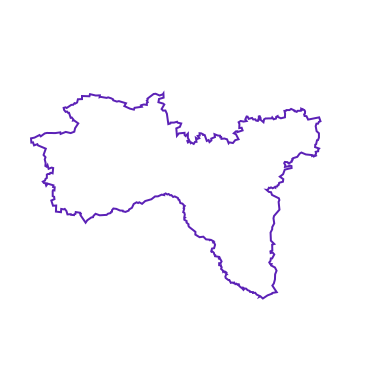 the district of Planeta Rica, Córdoba, Colombia, rotated 75°
{"feature_id": "7082276B80590541322952", "entity_name": "Planeta Rica", "entity_type": "district", "adm_level": 2, "iso_a3": "COL", "parent_name": "Colombia", "parent_adm1": "Córdoba", "projection": "albers", "projection_center": [-75.58, 8.302], "detail": "fine", "context": "isolated", "style": "outline", "palette": "violet", "viewbox_px": 384, "rotation_deg": 75, "n_neighbors": 0, "source": "geoboundaries", "source_scale": "gbopen_adm2", "svg_char_len": 6019}
<svg xmlns="http://www.w3.org/2000/svg" viewBox="0 0 384 384"><g transform="rotate(75 192 192)"><path d="M89.4,194.1L90.1,194.9L90.4,198.3L87.7,201.7L87.4,203.7L90.3,210.9L91.4,210.9L92.1,212.0L93.8,211.5L94.3,212.6L96.2,213.1L95.0,215.8L95.0,218.2L95.1,218.9L96.7,218.4L95.8,225.7L97.4,226.8L95.4,230.4L91.5,235.1L89.2,232.8L85.3,239.1L85.2,241.2L83.0,244.4L82.0,244.3L80.6,245.8L78.9,248.5L79.0,250.1L76.4,255.8L76.5,256.7L74.8,256.0L73.9,260.0L71.1,265.2L73.0,266.3L70.8,273.4L73.8,274.2L72.9,278.2L75.8,279.8L76.4,281.9L75.8,282.5L77.0,284.2L76.6,286.0L78.4,291.3L77.5,292.2L77.5,294.2L79.6,294.3L81.9,293.3L81.9,291.9L83.6,291.1L83.7,290.3L88.9,290.0L88.9,288.9L91.1,287.9L92.2,288.5L92.3,287.4L96.3,284.1L100.1,288.4L103.3,290.1L103.7,293.9L101.3,298.4L101.9,303.9L100.3,303.8L99.7,308.8L97.4,316.9L97.3,319.1L99.1,323.7L97.5,324.5L98.7,330.0L98.5,333.6L102.7,334.4L102.9,332.7L106.1,332.5L105.8,329.0L107.1,328.7L112.3,322.0L117.8,325.8L120.5,324.5L122.4,325.8L126.2,325.9L128.9,326.9L129.9,325.9L128.6,324.6L132.5,324.5L132.1,321.3L132.9,319.9L137.9,321.8L136.9,323.3L137.1,324.5L137.8,324.9L137.3,326.4L137.6,327.7L140.9,328.6L141.4,330.1L142.9,331.0L143.4,333.4L145.0,332.7L145.9,330.4L147.0,331.3L148.2,331.2L146.6,329.2L149.7,324.1L151.2,324.9L151.9,323.4L154.9,324.5L154.3,325.7L155.0,326.3L159.9,327.6L161.0,326.4L163.3,326.7L163.8,330.1L169.3,329.8L169.9,326.7L175.7,328.5L177.6,323.8L174.5,322.7L175.6,320.3L175.4,319.3L177.9,318.2L181.4,318.1L182.1,314.8L182.7,314.8L183.8,311.9L183.0,311.3L183.0,310.3L181.3,309.5L183.1,305.4L183.9,305.7L184.3,305.0L185.5,305.7L194.1,302.7L192.2,300.5L190.5,295.8L190.7,294.1L189.6,293.4L188.1,290.8L190.6,287.2L192.0,280.4L191.2,278.7L191.3,276.2L190.4,275.5L190.3,274.4L188.9,274.0L187.6,272.2L188.7,269.5L191.2,266.4L192.1,263.7L192.8,263.7L194.0,261.4L193.6,258.0L192.6,257.3L191.7,254.1L188.5,251.4L187.6,248.2L188.7,246.9L188.3,245.6L190.5,243.3L188.6,239.5L188.5,233.1L186.7,228.8L187.4,226.0L186.7,222.0L187.8,219.7L187.0,219.6L186.6,217.8L188.0,216.5L187.9,215.1L189.5,214.0L189.7,212.7L191.9,211.5L191.8,209.8L194.1,207.2L196.0,207.0L196.3,206.3L199.7,206.1L200.7,204.3L202.5,203.3L203.3,203.5L203.7,202.7L205.4,204.3L206.2,203.9L209.2,205.7L210.1,204.8L212.0,204.8L214.2,205.9L214.9,205.4L215.1,206.2L216.8,206.6L218.7,204.7L220.1,205.2L222.3,203.7L223.7,204.2L225.0,203.8L231.4,199.0L234.0,199.8L237.6,196.4L238.1,192.6L241.4,190.7L242.5,187.6L243.1,187.4L243.0,186.3L245.0,184.1L245.4,184.4L245.9,183.8L246.4,184.4L246.8,183.7L249.0,183.4L252.0,185.2L251.8,187.3L254.3,188.8L254.9,188.6L254.8,187.6L256.4,186.6L258.3,186.6L259.0,185.9L260.0,186.3L261.7,182.6L262.7,183.1L263.1,182.4L263.6,182.9L264.2,182.0L266.7,181.4L268.1,182.7L267.8,184.2L269.7,184.7L270.3,183.0L271.3,183.3L272.3,182.8L273.8,183.8L275.9,182.5L277.2,182.6L276.9,181.7L277.9,181.3L277.7,180.4L278.8,179.6L279.3,180.1L280.4,179.7L280.3,180.2L282.4,181.7L283.8,181.7L286.5,179.6L286.7,178.7L289.8,178.0L289.8,176.7L290.8,175.4L290.4,174.8L292.2,174.0L292.1,172.8L292.7,172.5L293.1,171.1L293.7,171.5L294.1,170.6L295.1,170.7L297.3,169.1L297.4,168.0L298.2,168.1L298.2,166.8L298.7,168.1L299.6,167.7L298.7,166.9L299.2,166.7L298.8,166.1L299.4,164.7L301.1,163.8L302.5,161.9L303.5,161.8L304.5,159.0L305.3,159.2L305.7,157.0L307.7,156.2L310.1,153.4L310.6,153.9L310.4,153.0L313.2,151.1L311.4,145.8L310.9,140.9L310.3,140.5L310.7,136.1L303.2,138.6L301.5,136.6L297.9,134.5L293.0,133.0L289.9,130.7L286.4,131.4L283.4,134.6L282.2,133.8L281.8,135.1L280.0,135.6L278.8,134.0L276.6,133.1L276.9,131.8L273.6,128.7L271.3,129.8L271.3,131.8L269.6,131.6L269.1,129.5L263.6,128.2L263.5,126.0L259.4,128.4L251.5,126.6L248.8,124.2L246.7,123.6L243.6,120.7L238.5,120.1L236.4,119.0L231.7,112.1L224.0,110.9L222.4,109.7L220.6,109.7L215.5,115.5L212.7,115.7L211.8,117.7L209.3,119.4L209.7,118.4L207.8,116.6L208.4,115.8L208.0,114.5L209.3,113.1L208.8,111.0L209.4,110.4L208.5,110.1L208.7,108.2L207.7,107.6L207.6,106.5L205.7,105.4L205.6,101.5L203.2,100.5L199.9,103.2L198.4,99.4L194.4,96.6L194.6,89.6L192.7,89.2L191.5,91.1L192.2,91.6L191.8,95.7L190.2,94.9L188.0,95.5L187.0,94.5L187.9,92.0L189.1,91.5L189.2,90.2L188.5,87.8L187.9,87.9L186.9,86.4L186.1,86.7L185.5,85.7L185.3,81.2L182.8,78.1L182.2,76.1L185.2,72.3L187.2,67.0L188.2,66.8L187.8,65.8L189.2,65.3L188.9,62.9L188.0,63.3L187.2,62.3L185.2,62.1L185.3,59.6L183.7,59.1L182.9,58.0L180.5,61.5L178.2,60.7L177.9,59.7L174.4,57.9L174.5,56.9L172.3,55.3L168.1,54.2L165.5,55.9L160.4,55.5L158.2,54.1L158.6,52.6L157.1,51.3L156.9,49.6L152.8,49.9L152.1,61.1L148.4,61.8L147.7,63.6L146.0,63.6L145.5,62.6L143.3,61.9L141.9,62.3L140.9,63.7L140.0,63.1L141.0,64.3L139.9,65.0L141.7,65.8L140.9,69.1L141.7,70.1L140.5,71.7L141.1,72.5L139.9,71.8L137.4,74.8L138.1,76.6L137.3,79.7L137.9,80.4L137.6,81.7L140.4,81.8L143.9,82.9L143.8,87.1L141.7,89.6L140.8,89.6L141.2,91.2L142.8,91.9L142.9,94.3L140.7,95.2L141.5,95.9L140.0,102.0L140.5,103.6L143.1,104.9L138.7,107.9L138.3,106.6L136.3,107.0L136.3,107.9L139.4,108.7L139.2,109.3L140.4,110.0L139.6,111.6L138.2,112.0L137.8,114.1L136.0,114.8L136.0,118.3L133.6,118.8L133.2,119.7L135.6,121.7L137.6,120.9L137.3,124.0L136.0,126.6L136.7,128.9L138.6,128.6L142.5,129.8L142.8,127.4L145.6,127.2L145.9,132.6L145.1,132.5L144.8,133.8L146.1,136.4L147.7,134.6L153.1,133.4L153.1,136.8L155.3,139.8L153.7,143.1L154.4,144.0L150.2,144.5L148.7,146.9L148.3,149.8L146.5,149.6L146.4,150.5L144.9,150.3L144.1,152.5L142.0,155.3L144.9,155.6L145.4,159.6L147.2,159.9L148.3,162.2L146.1,162.5L146.5,164.5L140.3,165.0L139.7,166.5L139.2,166.3L137.7,168.0L137.2,169.5L139.4,169.9L139.3,171.9L141.9,171.0L142.1,173.0L140.7,174.2L144.7,174.7L144.4,176.2L146.0,177.9L144.0,179.9L144.4,180.6L142.3,181.1L143.1,183.1L141.5,183.3L141.2,181.4L138.5,182.0L134.6,180.9L136.3,183.7L135.0,184.4L132.9,183.9L132.0,189.5L133.8,192.0L126.5,190.7L125.9,186.8L123.0,184.7L121.3,188.0L120.3,188.2L120.3,191.4L119.4,194.8L120.2,195.2L120.3,197.3L109.9,196.0L106.4,196.6L105.9,198.9L104.0,199.9L100.3,196.1L99.1,197.0L96.6,201.2L93.6,199.8L93.5,195.0L89.4,194.1Z" fill="none" stroke="#5b21b6" stroke-width="2"/></g></svg>